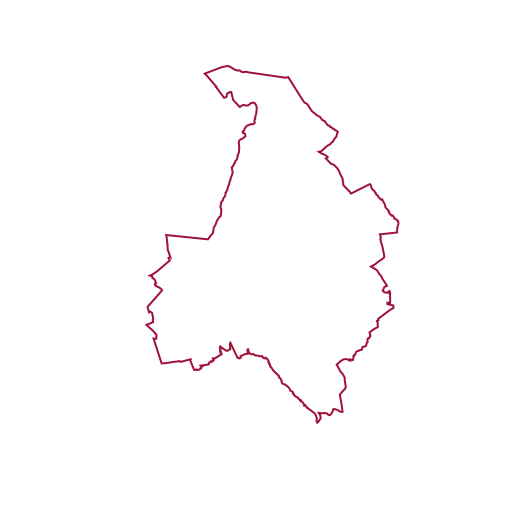 Huamantla, Tlaxcala, Mexico, rotated 143°
{"feature_id": "50627088B18788314814014", "entity_name": "Huamantla", "entity_type": "district", "adm_level": 2, "iso_a3": "MEX", "parent_name": "Mexico", "parent_adm1": "Tlaxcala", "projection": "robinson", "projection_center": [-97.937, 19.323], "detail": "fine", "context": "isolated", "style": "outline", "palette": "rose", "viewbox_px": 512, "rotation_deg": 143, "n_neighbors": 0, "source": "geoboundaries", "source_scale": "gbopen_adm2", "svg_char_len": 6123}
<svg xmlns="http://www.w3.org/2000/svg" viewBox="0 0 512 512"><g transform="rotate(143 256 256)"><path d="M352.6,304.2L351.2,302.2L351.3,301.5L352.0,300.8L351.2,299.0L351.2,297.4L352.2,294.4L353.3,294.7L354.1,293.7L354.0,292.6L353.0,290.3L352.3,289.4L351.5,286.2L351.6,285.1L373.3,280.6L375.3,275.3L374.0,275.3L373.2,273.2L375.7,267.9L376.8,267.3L378.0,265.1L385.0,266.9L383.3,258.6L382.9,252.8L385.6,250.0L387.5,251.7L396.0,227.0L393.3,225.2L380.2,218.0L379.9,216.8L370.4,212.9L370.3,212.7L371.3,212.4L374.0,202.2L372.0,201.3L372.1,200.6L370.3,199.9L370.1,199.5L368.0,199.3L367.6,199.3L367.4,200.2L367.1,200.3L365.1,200.1L365.7,201.5L359.1,197.9L358.3,198.3L358.0,199.0L355.1,199.0L355.1,198.1L352.5,198.2L352.2,200.2L351.8,200.2L351.6,200.0L352.0,199.1L342.5,198.3L342.5,199.0L342.1,199.6L342.5,200.1L341.6,200.9L342.0,201.4L341.5,201.8L341.3,202.5L340.8,202.8L339.9,204.9L339.0,205.3L338.9,204.0L338.4,203.5L338.5,202.8L338.2,202.4L338.1,201.5L337.7,201.0L336.8,198.5L336.2,197.6L332.4,197.2L332.3,198.0L330.5,200.1L329.8,201.6L328.7,202.1L331.9,186.4L332.1,186.2L330.7,184.0L330.0,183.9L329.0,184.2L328.6,185.3L323.5,184.1L321.4,182.9L320.9,183.6L320.5,184.5L319.0,186.5L318.4,186.2L319.5,183.9L319.6,181.4L318.9,180.3L316.9,179.1L316.7,177.6L316.0,176.6L314.5,175.4L313.6,174.1L312.2,172.7L311.4,172.4L311.5,170.5L310.7,169.1L310.0,168.4L309.4,168.8L308.9,167.0L309.1,164.9L309.9,163.8L309.6,163.4L310.1,162.9L309.8,162.1L310.6,161.4L310.4,160.5L310.7,160.2L310.7,159.4L311.2,159.2L310.8,156.8L311.2,155.2L311.0,154.8L311.1,154.2L310.7,153.2L311.0,151.8L310.4,150.3L310.6,149.5L310.1,148.5L310.1,147.0L309.8,146.4L309.9,146.1L310.6,145.6L310.6,144.5L310.2,143.8L310.4,141.7L310.6,141.1L311.0,140.9L310.9,140.4L311.5,139.4L311.5,138.0L311.0,136.9L310.0,135.7L309.7,133.7L309.4,133.5L309.0,130.0L309.6,127.6L308.8,126.6L308.5,124.6L309.2,124.0L309.0,123.6L309.1,122.1L309.4,121.8L309.0,121.2L308.8,119.5L307.8,117.9L308.1,116.7L307.8,116.3L307.6,114.8L307.3,114.6L307.8,114.1L307.3,113.6L307.5,113.5L307.6,112.8L306.9,111.8L306.8,110.1L307.1,109.5L306.9,109.0L307.2,107.9L306.9,107.7L307.4,107.5L306.9,107.1L307.1,106.8L306.5,105.7L306.6,104.4L306.2,104.1L306.5,103.8L304.9,99.2L305.0,98.7L304.0,95.6L303.8,94.0L304.7,90.6L305.2,89.6L307.2,87.4L307.4,86.0L305.9,86.1L302.2,87.4L301.1,88.9L300.5,90.6L300.3,92.9L298.5,91.1L295.2,88.9L293.9,87.1L294.0,86.2L293.4,84.8L292.1,84.5L290.6,84.8L287.6,86.2L286.7,87.2L285.4,86.5L283.8,84.3L282.3,80.8L280.7,79.5L277.6,84.7L272.5,94.8L267.4,96.0L265.2,96.2L263.1,97.4L259.9,103.4L258.3,105.6L257.8,109.5L258.1,113.1L257.4,116.7L257.0,120.7L253.8,120.8L252.2,121.2L248.3,120.8L246.1,119.5L244.9,117.9L244.3,116.4L243.7,115.7L243.1,116.8L241.3,114.6L239.2,116.2L238.6,117.4L237.3,117.9L236.8,117.8L236.8,117.4L236.4,117.5L234.3,118.9L233.7,119.1L232.8,119.2L231.1,118.5L229.8,118.4L227.7,117.5L226.4,118.8L225.5,119.2L222.7,117.9L221.9,118.2L219.8,120.0L218.6,120.1L217.5,121.9L216.6,122.7L216.0,122.8L215.1,122.2L213.4,123.4L212.8,123.2L211.3,126.7L205.3,126.6L201.5,125.9L199.0,129.5L198.6,131.3L196.9,131.0L196.3,132.3L181.6,132.3L177.5,131.8L176.1,133.8L180.0,138.4L179.2,139.7L177.1,137.9L173.8,142.1L173.6,142.8L172.3,144.2L171.7,145.1L171.9,145.7L171.3,145.6L171.0,145.9L170.4,147.7L173.3,147.9L174.7,148.9L175.5,150.1L175.4,151.0L175.7,152.0L172.3,153.9L169.3,153.4L168.6,162.8L168.1,163.9L168.4,167.6L168.0,171.2L168.3,173.1L169.0,174.0L169.3,175.8L170.6,178.3L165.7,177.7L161.4,177.9L157.4,177.6L154.3,177.8L152.7,180.5L149.4,187.5L147.5,192.7L146.9,193.5L146.7,194.6L145.2,195.4L145.0,196.4L144.5,197.1L144.0,198.7L129.2,189.9L126.5,193.2L122.8,196.1L122.4,196.9L121.6,197.8L121.5,199.0L121.9,199.2L121.9,200.4L122.5,202.1L123.0,202.6L122.6,203.1L122.4,205.9L123.3,206.3L123.2,207.5L123.9,208.5L123.6,209.7L123.7,210.8L123.4,210.9L123.3,211.4L122.8,211.8L123.1,213.3L123.0,214.2L123.3,216.9L122.0,220.0L121.4,224.4L121.0,225.1L121.2,225.5L122.4,225.9L122.7,229.9L122.4,231.4L123.0,232.4L122.8,233.8L122.3,234.7L122.6,235.6L122.4,237.1L123.0,239.3L122.7,241.0L121.7,243.5L121.7,244.6L122.2,245.0L142.6,248.7L142.4,251.0L143.6,259.6L143.3,260.8L142.0,262.4L141.3,264.2L140.6,265.1L140.2,266.2L139.7,269.4L138.6,274.0L138.3,276.8L138.8,281.7L140.4,284.3L140.9,285.7L140.8,286.9L141.5,291.9L139.2,291.8L139.1,292.2L139.9,294.7L142.3,299.1L143.1,301.4L140.7,300.4L134.6,301.0L131.6,301.0L129.6,300.6L127.6,301.1L125.7,301.0L123.3,302.2L120.0,303.0L117.5,305.0L116.0,305.8L116.1,307.0L117.1,308.8L117.2,310.6L118.1,311.4L118.1,313.0L119.1,314.3L118.8,315.1L119.1,316.0L119.9,316.9L120.1,319.5L119.9,322.3L121.2,324.7L121.2,328.4L123.0,332.5L123.0,333.2L124.2,338.2L123.6,346.1L124.0,347.4L124.9,349.3L124.8,353.8L122.6,379.5L125.1,380.6L151.4,407.1L153.1,409.2L155.7,410.5L157.1,412.6L157.3,414.0L159.0,415.1L160.8,417.5L163.0,423.1L164.1,424.7L169.5,427.4L187.2,432.5L186.7,428.9L185.8,415.3L186.2,415.4L186.3,401.5L183.9,400.8L182.9,401.5L182.5,402.3L181.2,403.1L178.9,402.8L178.8,402.5L177.9,402.4L177.1,401.8L180.3,394.4L179.3,384.8L175.2,384.4L173.2,382.0L172.2,381.3L170.8,381.0L167.9,381.1L166.0,380.2L165.0,378.9L165.1,376.8L165.6,375.0L167.0,372.9L170.6,369.2L173.6,367.0L173.9,366.1L175.3,365.6L176.2,364.6L176.5,363.6L177.4,362.8L180.0,363.4L180.3,364.2L184.9,365.5L188.4,364.6L190.0,363.4L191.4,363.4L192.1,363.1L192.4,362.2L191.4,361.0L191.3,359.8L192.3,358.2L192.9,357.9L196.6,357.9L198.3,358.5L200.4,358.0L201.7,356.7L203.8,353.0L207.3,349.1L209.3,347.8L209.7,347.3L210.4,347.2L211.6,345.7L213.6,344.5L215.2,344.3L217.1,342.9L217.9,343.1L218.8,342.3L220.7,341.5L222.0,341.4L224.4,336.7L226.9,334.8L228.6,334.0L230.8,332.0L233.0,330.7L234.4,329.2L236.1,328.6L237.7,327.2L238.2,327.1L239.3,325.9L240.2,325.8L241.2,325.0L242.2,324.9L244.4,322.5L247.2,321.8L249.0,320.4L251.3,320.0L254.9,316.6L255.3,315.7L255.4,314.6L256.5,312.9L259.8,309.5L260.9,308.9L262.3,309.1L266.1,307.6L269.7,305.2L272.6,304.1L276.6,300.2L279.2,299.8L284.3,298.2L315.1,326.8L317.1,323.0L319.0,320.0L319.3,319.0L319.8,318.5L322.6,314.3L325.1,306.7L325.2,307.0L325.5,306.8L327.0,307.1L327.6,304.3L343.7,303.3L348.9,303.5L352.6,304.2Z" fill="none" stroke="#9f1239" stroke-width="2"/></g></svg>